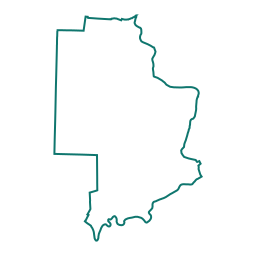 outline of Ograda, Ialomita, Romania
{"feature_id": "2599482B18669147098615", "entity_name": "Ograda", "entity_type": "district", "adm_level": 2, "iso_a3": "ROU", "parent_name": "Romania", "parent_adm1": "Ialomita", "projection": "mercator", "projection_center": [27.562, 44.65], "detail": "fine", "context": "isolated", "style": "outline", "palette": "teal", "viewbox_px": 256, "rotation_deg": 0, "n_neighbors": 0, "source": "geoboundaries", "source_scale": "gbopen_adm2", "svg_char_len": 4986}
<svg xmlns="http://www.w3.org/2000/svg" viewBox="0 0 256 256"><path d="M171.2,193.7L175.4,191.3L177.0,190.4L177.9,189.6L178.3,189.1L178.8,188.1L179.4,186.8L180.0,185.8L180.5,185.2L181.0,184.8L181.7,184.5L182.6,184.3L183.8,184.2L185.6,184.3L187.8,184.3L189.8,184.5L190.9,184.5L191.6,184.4L192.2,184.2L192.6,183.8L193.3,182.9L194.0,182.1L194.8,181.4L195.4,180.5L196.2,179.7L196.6,179.3L197.1,179.1L197.7,178.9L198.5,178.4L199.2,178.0L200.1,177.5L201.6,176.6L200.9,175.5L200.3,174.6L198.6,169.2L198.6,168.4L198.7,167.8L198.7,167.4L198.7,166.9L198.4,165.6L200.6,163.7L199.3,161.1L198.3,161.5L197.3,161.9L196.9,161.8L195.7,160.0L195.3,159.9L191.5,159.1L188.5,158.4L184.1,156.9L183.6,156.2L182.8,155.2L182.0,153.9L181.5,153.1L181.2,150.4L182.1,149.0L184.0,147.0L184.3,144.2L184.9,142.4L185.8,140.2L186.2,138.8L186.5,137.8L187.2,135.5L187.8,133.1L188.4,131.4L188.7,130.3L188.8,129.5L189.1,128.9L189.4,128.5L189.6,127.7L189.6,127.4L189.6,127.2L189.7,125.9L190.0,124.9L190.2,121.8L190.4,120.8L190.8,120.0L190.9,119.8L191.3,119.5L191.8,119.1L193.3,118.6L194.8,116.5L195.7,112.0L196.1,110.0L196.2,108.2L196.1,107.0L196.3,104.3L196.5,102.2L196.6,100.4L196.8,99.4L197.0,98.7L197.7,96.7L198.1,96.6L198.1,96.2L198.1,95.9L198.1,95.6L198.4,94.6L198.7,93.7L198.7,92.7L198.5,91.7L198.1,90.6L196.7,89.1L195.6,88.4L193.9,87.7L191.8,87.2L189.6,87.1L186.7,87.1L182.9,87.4L180.9,87.5L173.8,87.3L170.3,86.8L169.8,86.6L166.4,84.7L164.6,82.5L163.1,81.4L161.9,80.4L157.5,77.8L154.6,76.8L153.8,76.4L153.6,75.1L153.4,72.0L153.0,69.7L152.9,68.3L153.5,66.3L153.4,64.0L153.0,62.2L152.5,60.7L152.3,59.5L152.3,58.7L153.4,56.7L154.4,55.1L155.1,53.2L155.5,51.6L154.6,49.2L154.3,48.2L154.1,47.7L153.7,47.3L153.1,47.3L150.8,45.8L147.7,44.2L143.1,42.3L141.5,41.4L140.9,40.5L140.1,38.6L140.0,36.9L140.4,35.2L141.3,33.7L141.4,32.3L141.3,30.3L141.3,29.9L141.0,28.7L140.3,27.8L139.7,27.7L137.0,26.2L135.7,25.2L135.0,24.0L134.7,23.3L134.6,22.5L135.1,20.7L135.5,18.6L136.2,17.2L136.3,16.3L136.2,15.5L136.3,15.4L136.2,15.4L135.9,15.6L135.6,15.8L135.3,16.1L134.8,16.6L134.6,16.7L134.5,16.8L134.4,16.9L134.2,16.9L134.1,17.0L133.5,17.2L133.3,17.3L133.1,17.4L132.8,17.6L132.4,17.9L132.0,18.2L131.5,18.2L130.9,18.4L129.9,18.9L128.8,19.2L128.3,19.5L128.0,19.4L126.5,19.6L125.5,19.6L124.7,19.6L122.9,19.2L121.9,18.9L121.2,20.3L120.6,20.1L117.9,19.1L117.2,18.8L116.7,18.6L116.2,18.5L115.6,18.5L115.0,18.4L114.4,18.3L113.6,18.4L112.6,18.6L112.0,18.6L111.6,18.7L111.4,18.8L111.3,19.2L110.0,19.2L110.0,19.3L98.0,18.6L94.0,18.3L88.0,17.9L87.8,17.7L87.7,17.5L87.7,16.8L85.6,16.6L83.6,30.7L73.6,30.4L68.4,30.3L66.1,30.3L65.7,30.3L61.3,30.2L58.3,30.2L57.6,30.2L57.6,30.4L57.5,30.9L57.3,31.5L57.3,32.2L57.2,36.5L57.1,36.9L57.0,41.1L57.0,41.4L57.0,44.1L56.9,45.5L56.9,46.0L56.9,46.4L56.9,46.7L56.9,46.9L56.8,51.5L56.2,75.8L55.9,86.6L55.4,111.5L55.2,120.2L54.7,139.1L54.4,153.6L54.4,153.9L81.8,154.6L97.0,155.1L97.2,177.9L97.2,182.6L97.3,190.3L96.9,190.5L91.5,192.1L89.7,192.6L90.0,198.3L90.1,200.8L90.0,201.1L90.0,202.3L90.2,205.6L90.4,209.0L90.3,209.3L87.7,214.0L87.4,214.5L88.5,215.0L87.2,217.4L86.6,218.6L86.0,219.8L85.6,220.7L85.3,220.7L85.2,220.9L84.9,221.3L85.9,222.2L87.6,223.5L88.9,224.3L90.0,225.1L90.9,225.7L91.3,226.7L91.9,227.5L92.5,228.5L92.9,229.5L93.2,230.1L93.7,231.7L93.9,232.8L94.2,235.2L94.6,238.1L94.7,238.5L95.0,239.2L95.3,239.6L95.5,240.0L96.1,240.6L96.8,240.6L97.3,240.3L97.6,239.9L98.0,239.1L98.4,237.9L98.4,236.8L98.7,234.9L98.9,233.8L99.7,231.8L100.3,230.5L100.7,229.4L101.2,228.0L102.2,226.3L102.6,225.7L103.4,225.0L104.4,224.5L105.3,224.3L106.1,224.5L106.7,225.1L107.3,225.7L108.2,226.3L109.0,226.5L109.7,226.3L110.2,225.8L110.5,225.2L110.6,224.4L110.4,223.6L110.0,223.0L109.5,222.4L108.8,221.8L108.3,221.3L108.2,220.4L108.3,219.6L108.8,219.2L109.7,219.4L110.6,219.5L111.2,219.1L111.8,218.5L112.2,218.0L112.8,217.1L113.6,216.5L114.3,216.2L114.8,216.2L115.2,216.5L115.7,217.1L116.1,217.6L116.4,218.3L116.6,218.9L116.7,219.8L116.7,220.7L116.6,221.6L117.0,222.8L117.4,223.5L117.6,223.9L118.7,224.6L119.8,225.0L120.6,225.1L121.3,225.2L122.2,225.1L122.8,224.9L123.2,224.7L123.5,224.4L123.9,224.0L124.2,223.3L124.4,222.5L124.2,221.7L124.1,221.3L124.2,221.0L124.5,220.6L124.9,220.1L125.3,219.6L125.8,219.3L126.6,219.0L127.3,218.6L128.2,218.3L130.0,217.9L131.4,217.7L132.4,217.5L133.2,217.3L135.2,216.8L137.5,216.8L141.1,217.8L142.4,218.6L143.7,219.9L144.6,221.0L145.4,222.1L146.2,222.5L146.9,222.5L147.7,222.0L148.3,221.5L149.3,220.8L150.0,219.9L150.8,218.7L151.1,217.6L151.1,216.7L151.0,215.8L150.6,215.0L149.9,214.3L149.3,213.6L148.9,212.8L148.9,212.0L149.2,211.6L149.7,211.0L150.0,210.7L150.7,210.0L151.2,209.5L151.8,208.7L152.2,208.3L152.3,207.9L152.4,207.4L152.5,206.7L152.6,206.0L152.5,205.4L152.5,204.6L152.6,203.9L152.8,203.1L153.2,202.6L153.6,202.0L154.2,201.7L154.9,201.5L155.6,201.3L156.2,201.1L156.7,200.8L157.4,200.5L158.1,200.2L159.2,199.7L159.9,199.4L161.2,199.0L161.9,198.7L163.7,198.1L164.7,197.6L165.6,197.2L166.4,196.7L169.6,194.6L170.6,193.9L171.2,193.7Z" fill="none" stroke="#0f766e" stroke-width="2"/></svg>